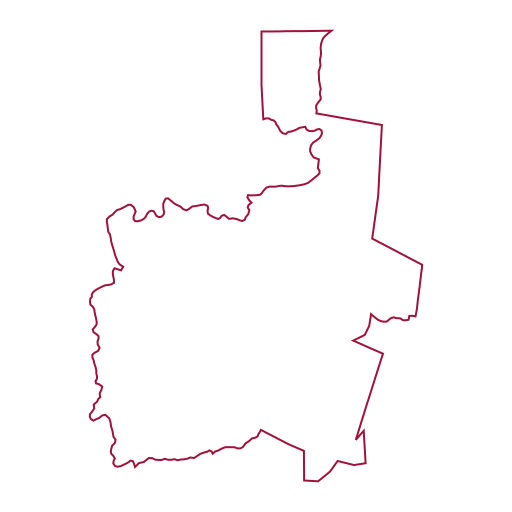 the district of Batalha, Piauí, Brazil
{"feature_id": "56859067B48671667147082", "entity_name": "Batalha", "entity_type": "district", "adm_level": 2, "iso_a3": "BRA", "parent_name": "Brazil", "parent_adm1": "Piauí", "projection": "mercator", "projection_center": [-42.097, -3.963], "detail": "fine", "context": "isolated", "style": "outline", "palette": "rose", "viewbox_px": 512, "rotation_deg": 0, "n_neighbors": 0, "source": "geoboundaries", "source_scale": "gbopen_adm2", "svg_char_len": 4786}
<svg xmlns="http://www.w3.org/2000/svg" viewBox="0 0 512 512"><path d="M304.1,480.5L318.1,481.3L330.0,471.6L337.6,461.0L354.3,465.1L356.7,464.6L360.8,464.0L365.6,463.2L363.7,430.8L355.8,439.9L367.1,403.4L368.2,400.2L374.5,380.2L381.6,357.9L383.0,353.7L371.3,348.6L353.2,340.6L364.8,334.9L369.2,325.9L371.1,314.1L373.0,315.8L374.8,317.3L378.0,319.8L381.4,321.3L384.3,321.7L386.9,321.5L388.7,319.9L390.8,318.2L393.7,317.3L396.3,318.2L400.2,318.3L403.2,320.3L406.4,320.2L408.6,319.7L409.3,315.9L412.5,315.8L415.5,316.4L416.6,310.6L417.0,308.1L417.4,304.4L417.9,299.8L418.4,296.1L418.8,292.9L419.2,289.7L419.6,287.4L419.8,284.8L420.1,282.5L420.6,278.6L420.9,275.6L421.6,270.0L422.0,267.4L422.2,264.8L385.2,245.4L372.2,238.6L378.2,195.7L379.0,180.6L379.1,177.6L381.9,125.0L316.4,113.4L316.8,110.6L316.1,108.0L316.2,105.5L318.4,102.1L320.6,99.5L320.7,96.9L320.0,94.8L319.9,92.3L320.8,89.1L319.8,84.5L319.0,79.7L319.0,77.3L318.8,74.5L318.7,71.3L319.9,67.6L320.5,65.3L320.1,61.9L319.9,59.6L320.6,56.9L321.0,53.8L320.9,51.3L320.6,48.1L321.1,43.8L322.0,40.9L323.0,38.4L325.1,36.0L328.1,33.4L331.5,30.7L306.4,31.1L302.2,31.1L286.6,31.2L279.3,31.4L261.5,31.5L261.5,47.6L261.5,85.0L263.3,119.3L266.0,118.4L268.8,118.4L271.2,119.8L273.9,120.5L275.5,122.2L276.2,124.3L278.2,126.8L280.1,130.7L282.7,133.3L286.0,133.9L288.2,131.9L291.3,131.5L294.2,130.5L296.6,129.5L299.3,127.9L302.4,127.3L305.2,126.8L306.7,129.6L309.0,130.9L311.8,131.2L314.7,130.7L316.8,129.5L319.4,129.0L321.5,130.5L322.0,133.6L320.6,136.5L319.1,138.5L316.0,140.7L313.1,142.6L311.2,145.1L310.2,148.3L310.1,151.2L311.5,154.5L313.8,157.5L316.1,158.3L318.9,159.4L318.3,164.4L317.8,168.0L319.5,170.7L319.5,173.2L317.1,175.7L314.1,178.1L311.2,180.5L308.0,182.9L304.6,184.2L301.1,185.0L298.0,185.5L293.5,186.1L289.7,186.3L286.7,186.3L284.2,186.1L281.8,185.7L279.1,185.9L276.7,186.5L273.6,186.7L269.7,186.6L266.4,187.6L263.7,190.5L262.0,192.9L260.3,194.7L257.7,195.1L255.2,195.3L251.1,195.4L248.0,195.1L247.4,197.3L249.5,200.7L251.5,202.7L248.6,204.9L247.7,207.4L249.4,210.3L248.2,214.2L245.6,217.4L244.8,219.7L242.3,221.0L239.8,220.3L236.6,219.0L232.5,218.3L229.1,218.9L227.1,217.2L224.2,214.9L221.6,215.8L220.2,217.9L218.2,219.0L215.7,218.0L213.6,217.2L210.4,215.5L207.8,213.5L207.6,210.4L208.2,207.9L207.5,205.8L204.2,204.5L200.6,205.1L196.9,205.8L192.2,206.5L188.7,209.2L186.3,210.3L183.3,209.2L180.3,206.5L176.6,204.8L174.2,203.5L172.3,201.7L170.0,199.9L168.0,198.3L165.6,198.7L164.1,201.5L163.2,204.0L163.3,206.5L163.5,209.5L164.2,211.9L163.6,214.6L161.7,216.6L159.0,217.1L156.6,216.0L155.4,214.0L153.8,211.3L151.4,210.7L149.1,211.6L147.0,214.0L145.7,216.8L143.9,218.8L140.8,220.5L137.5,221.3L135.1,221.1L133.6,219.2L133.6,216.6L134.5,214.3L135.7,211.5L133.9,207.3L130.9,204.8L128.4,204.8L126.3,205.9L123.3,207.6L119.9,209.2L117.1,210.0L114.6,212.3L112.5,214.7L109.7,216.4L106.9,219.1L106.8,222.0L107.3,224.2L107.8,228.4L108.2,231.7L110.0,234.4L110.8,238.6L111.3,242.0L112.5,246.2L113.9,250.5L114.8,254.1L115.7,256.7L116.8,259.3L117.7,261.7L119.6,264.4L123.2,266.7L121.1,270.3L118.0,269.4L114.5,268.3L112.9,271.0L112.8,273.4L113.1,275.7L113.9,279.5L114.0,282.8L111.0,284.5L108.0,285.0L104.9,285.4L101.5,286.9L98.2,288.6L95.3,290.3L93.0,292.3L91.8,294.4L91.9,296.8L90.3,298.8L90.0,301.9L90.4,304.7L92.5,306.4L94.3,309.2L94.6,312.2L95.3,315.4L96.2,319.0L96.7,322.2L96.6,324.5L95.0,326.8L92.7,329.4L93.6,332.2L96.4,334.1L98.5,336.1L98.6,338.5L97.5,341.6L97.8,344.6L99.6,347.7L98.1,350.9L94.5,352.8L92.4,354.8L92.4,357.2L93.6,360.3L94.5,364.1L95.6,367.1L96.3,370.5L96.3,373.3L97.0,376.2L97.0,378.7L95.5,381.2L96.1,383.4L98.8,384.1L102.2,386.5L101.4,390.0L100.0,392.5L99.7,394.9L100.2,397.3L98.3,398.9L97.1,401.7L93.7,404.6L94.2,408.5L92.1,411.6L89.9,414.3L89.8,416.8L90.8,418.9L93.4,420.7L95.9,419.3L99.1,418.0L102.2,415.5L105.3,414.8L109.3,418.4L110.6,422.6L111.0,426.0L111.7,428.4L112.5,431.0L113.0,433.9L113.5,436.8L115.6,439.7L114.9,443.0L112.2,445.6L111.4,448.3L110.8,451.4L111.2,453.7L113.3,455.8L114.8,458.6L113.6,460.9L113.3,463.5L115.1,466.1L117.6,466.7L120.9,466.1L123.4,464.8L125.7,463.8L128.2,462.4L130.5,460.6L132.9,461.2L134.1,463.9L135.0,467.0L136.7,465.4L138.7,463.2L141.5,462.5L143.9,462.0L146.3,460.0L148.9,458.0L152.4,458.2L155.3,459.7L158.1,459.9L161.6,460.0L164.8,458.8L168.2,459.8L171.2,459.8L174.6,459.2L177.5,460.2L180.9,459.5L184.4,459.3L187.6,458.6L190.2,457.5L194.0,458.0L197.0,456.1L200.2,453.9L203.9,452.6L207.0,451.8L209.4,450.4L211.6,451.5L212.8,453.7L215.1,451.5L218.4,450.5L221.1,448.9L223.1,448.0L225.4,447.2L228.5,447.2L231.9,447.2L234.7,447.3L237.7,448.4L240.5,448.4L243.1,446.8L245.6,443.3L249.1,441.1L252.0,438.4L255.5,437.6L257.5,436.5L258.5,434.0L259.8,432.1L260.9,429.9L286.2,443.0L289.2,444.5L299.3,448.9L303.9,450.8L304.1,475.5L304.1,480.5Z" fill="none" stroke="#9f1239" stroke-width="2"/></svg>